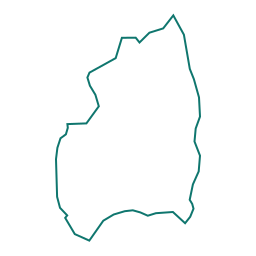 the border of Bubanza
{"feature_id": "BDI-2636", "entity_name": "Bubanza", "entity_type": "Province", "adm_level": 1, "iso_a3": "BDI", "parent_name": "Burundi", "parent_adm1": "", "projection": "equal_earth", "projection_center": [29.392, -3.111], "detail": "fine", "context": "isolated", "style": "outline", "palette": "teal", "viewbox_px": 256, "rotation_deg": 0, "n_neighbors": 0, "source": "natural_earth", "source_scale": "10m", "svg_char_len": 681}
<svg xmlns="http://www.w3.org/2000/svg" viewBox="0 0 256 256"><path d="M65.2,217.9L67.2,215.4L60.0,207.8L57.1,196.8L56.0,159.2L57.4,147.8L60.5,138.3L65.9,134.3L67.8,127.8L67.4,124.1L86.4,123.4L98.8,106.3L95.4,94.8L89.9,85.7L87.4,77.5L89.5,72.6L115.7,58.1L121.9,37.8L135.7,37.7L139.5,42.5L149.4,32.7L163.2,28.4L173.3,15.4L183.9,34.7L189.8,68.9L193.9,79.2L199.0,97.4L200.0,116.6L195.7,128.5L194.5,141.5L200.0,155.7L198.7,171.4L192.9,184.4L189.7,199.8L192.2,203.9L193.5,208.7L190.2,216.8L185.1,223.2L172.9,212.0L155.9,213.2L147.8,215.7L140.3,212.4L132.8,210.3L124.8,211.2L113.7,214.5L103.3,220.7L89.3,240.6L74.8,234.1L65.2,217.9Z" fill="none" stroke="#0f766e" stroke-width="2"/></svg>